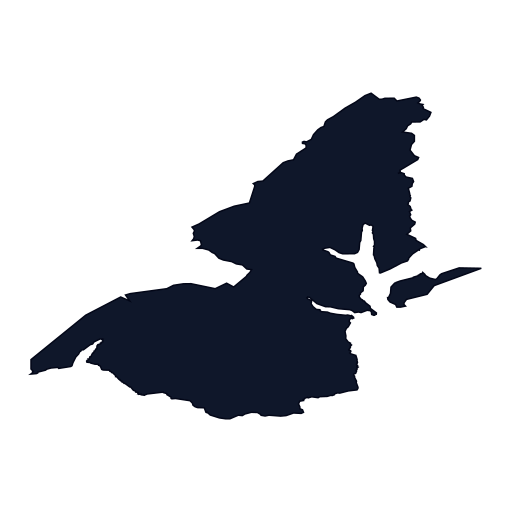 Balestrand nor, Sogn og Fjordane, Norway (Robinson projection)
{"feature_id": "86288312B39702039742049", "entity_name": "Balestrand nor", "entity_type": "district", "adm_level": 2, "iso_a3": "NOR", "parent_name": "Norway", "parent_adm1": "Sogn og Fjordane", "projection": "robinson", "projection_center": [6.463, 61.269], "detail": "fine", "context": "isolated", "style": "filled", "palette": "ink", "viewbox_px": 512, "rotation_deg": 0, "n_neighbors": 0, "source": "geoboundaries", "source_scale": "gbopen_adm2", "svg_char_len": 6062}
<svg xmlns="http://www.w3.org/2000/svg" viewBox="0 0 512 512"><path d="M371.1,93.2L365.0,95.6L355.5,102.2L345.1,108.1L333.4,116.6L327.5,119.8L325.4,121.9L323.9,126.5L321.0,127.5L317.8,129.8L313.5,134.6L311.3,139.4L306.5,141.9L304.0,141.4L302.4,142.1L302.5,143.4L305.0,143.8L305.8,144.7L306.2,145.9L306.0,148.0L296.5,154.1L293.5,159.8L288.0,160.9L283.2,162.7L262.8,181.1L257.9,181.5L253.3,183.6L254.7,184.8L254.7,186.5L249.4,203.0L234.2,206.2L219.5,211.7L199.2,223.9L192.0,227.1L194.1,229.6L194.5,231.0L193.3,233.3L194.3,236.4L193.7,238.7L192.1,240.7L197.6,240.0L200.5,240.8L201.4,244.6L200.9,245.8L197.3,248.3L202.5,248.3L208.8,250.0L212.2,252.5L214.6,253.5L218.9,258.2L223.3,260.0L231.7,261.6L236.3,263.9L242.4,264.9L246.8,269.0L251.6,269.6L250.0,272.3L247.0,275.2L246.4,276.4L233.7,287.0L226.6,283.2L215.2,288.7L191.0,283.7L183.4,283.8L173.5,285.3L166.8,288.7L130.3,293.6L125.5,295.0L129.8,301.0L120.7,297.0L85.7,315.2L31.0,359.6L31.0,369.0L33.3,371.4L32.5,371.9L32.6,372.7L30.7,374.1L36.4,373.6L37.8,372.9L37.9,372.1L45.4,370.2L47.0,369.1L51.1,368.0L57.8,367.4L58.7,368.4L70.8,366.5L72.0,365.7L72.9,362.8L75.8,357.0L78.6,354.0L79.9,351.4L80.7,351.3L80.9,350.5L81.9,349.9L83.4,349.8L90.2,344.7L92.6,344.0L94.0,341.9L100.0,339.0L101.7,338.9L102.5,339.1L101.8,339.5L102.9,340.3L102.8,341.8L101.2,342.4L101.2,343.2L100.4,343.2L100.4,344.0L97.9,344.6L97.0,345.9L96.8,348.8L95.7,349.1L95.0,351.0L94.2,351.0L93.5,353.1L92.6,353.1L90.8,356.8L89.9,356.8L89.2,359.0L88.4,359.0L88.8,359.5L87.2,360.3L86.6,361.1L86.9,362.2L90.7,362.6L90.8,363.1L95.0,364.2L98.4,364.3L98.5,365.3L99.5,365.5L100.5,366.5L101.7,369.4L103.1,370.0L109.3,370.2L109.8,371.2L111.5,371.9L111.6,372.5L112.6,372.7L115.8,375.8L115.6,376.6L116.7,376.8L119.0,379.4L120.0,379.6L119.9,380.1L120.8,380.9L121.8,381.1L121.9,381.9L122.9,382.2L124.1,383.4L124.9,383.4L129.8,387.0L130.6,386.9L133.4,390.3L135.3,391.0L135.6,392.0L138.3,392.5L137.8,393.8L138.6,393.8L138.7,394.3L141.2,394.2L141.2,394.8L144.2,395.2L144.2,394.7L145.0,394.9L147.1,394.0L163.3,392.1L163.4,392.6L166.8,393.6L166.9,394.6L167.7,394.6L167.7,395.1L171.0,397.1L171.1,398.4L171.8,398.8L175.5,398.5L190.0,400.7L192.4,403.1L193.0,405.2L195.0,406.7L197.5,407.6L204.3,407.8L205.8,412.0L206.7,411.9L206.5,412.5L208.0,413.0L210.2,415.0L219.4,417.9L225.7,418.8L229.9,418.8L238.3,415.2L242.3,415.6L244.9,414.0L251.3,412.3L257.5,412.5L260.4,414.3L261.1,415.3L265.1,416.0L268.9,415.2L280.6,416.1L286.1,415.6L293.6,413.0L301.2,413.4L303.5,412.3L302.5,409.8L299.8,408.7L299.9,407.0L298.5,403.9L299.7,401.2L303.6,400.5L303.2,399.5L304.5,399.0L304.7,398.3L307.4,397.3L308.1,397.9L311.7,396.8L318.1,397.7L319.7,396.7L327.3,396.4L330.5,395.4L332.3,395.5L334.4,394.7L334.7,393.8L337.5,392.9L339.8,393.1L348.4,390.9L357.0,389.9L357.9,388.4L358.0,387.3L356.2,382.5L356.5,381.2L354.6,377.5L354.6,376.2L353.6,375.1L353.9,373.9L355.6,373.4L356.6,371.0L356.0,370.4L357.1,369.1L356.7,368.3L358.1,367.1L357.0,366.5L357.6,365.7L356.5,364.6L357.1,363.6L356.7,363.2L357.5,362.4L356.8,359.6L357.1,359.4L356.2,356.5L355.5,356.0L355.8,355.4L350.7,353.8L349.7,353.0L350.8,351.7L350.6,350.6L349.0,350.1L349.0,349.4L350.4,347.5L350.4,346.1L351.5,345.0L350.3,344.1L350.5,343.2L348.2,342.0L345.7,338.7L345.9,335.9L345.0,331.4L346.4,328.3L348.2,326.8L350.4,322.9L349.2,321.7L349.5,319.6L351.1,318.2L352.3,318.7L353.3,318.2L352.7,317.9L353.5,317.2L351.6,315.5L351.2,315.9L347.7,315.0L345.7,315.3L336.9,314.4L330.2,313.2L327.5,312.1L321.6,311.7L320.3,310.9L319.9,309.7L316.3,309.4L313.0,306.6L311.1,303.7L311.6,301.1L311.2,300.4L308.2,299.2L306.8,297.9L307.6,297.0L309.6,297.4L316.9,303.6L325.5,306.7L330.4,306.8L338.3,308.7L349.9,309.7L352.2,310.6L354.7,312.6L358.6,312.0L361.0,312.6L367.1,310.3L370.3,310.7L371.3,311.7L371.7,314.5L373.8,315.3L374.8,315.2L375.3,314.0L376.3,314.2L376.4,312.9L370.4,308.4L370.0,306.2L365.5,302.7L364.4,301.1L362.8,300.7L362.5,299.9L361.2,299.3L359.4,297.2L359.2,295.4L360.5,294.0L360.4,292.9L363.1,290.8L363.4,286.8L365.3,285.2L366.3,283.4L365.3,281.0L362.7,276.9L357.6,273.3L357.5,272.0L354.8,267.5L353.9,263.9L353.0,263.1L336.1,258.1L335.0,256.4L330.3,254.9L328.9,252.4L327.9,251.7L322.9,250.0L322.5,249.2L324.8,248.2L330.0,247.4L335.2,249.9L339.0,252.6L342.7,253.8L354.6,253.7L357.5,252.4L359.1,249.5L359.7,242.4L360.8,240.5L361.5,232.1L362.3,230.6L362.1,228.2L363.1,224.5L365.2,223.1L369.5,225.3L371.3,224.9L373.1,226.4L372.4,230.5L373.1,231.2L372.4,232.9L373.4,234.2L373.7,238.7L374.5,241.2L374.5,245.2L373.5,246.4L374.4,247.5L373.9,248.3L373.5,254.9L374.1,255.5L374.9,258.9L376.8,262.7L377.3,265.5L379.1,268.2L379.5,272.8L380.4,273.0L390.0,269.0L401.5,262.9L407.5,260.9L408.7,258.9L408.6,258.2L412.6,253.9L418.5,249.9L419.3,250.1L419.3,249.3L420.5,248.5L424.2,247.1L424.2,246.5L425.6,246.7L423.4,244.6L416.1,240.4L415.6,238.4L406.8,234.3L410.7,230.9L410.3,227.9L414.7,224.1L415.2,222.1L411.8,220.3L410.2,218.0L409.6,216.0L410.7,214.8L409.4,211.6L411.8,210.1L411.1,209.5L410.2,206.5L407.7,204.4L408.4,203.2L408.5,201.8L410.0,201.0L410.8,197.9L409.8,196.4L410.3,195.5L409.5,194.1L409.7,193.5L408.3,188.2L411.9,186.3L412.3,183.5L413.6,181.6L412.4,178.4L406.0,177.0L404.2,175.0L404.2,173.7L401.3,172.7L397.9,173.4L400.3,171.8L399.9,170.2L417.7,159.6L418.6,157.5L414.4,155.7L410.0,150.1L411.5,144.5L414.4,141.3L414.4,135.4L411.6,133.3L402.5,132.0L406.2,128.7L407.6,125.8L410.6,123.9L411.8,122.0L420.2,121.9L423.9,119.4L426.4,119.9L429.5,116.1L430.9,112.4L423.0,108.6L423.4,107.3L422.1,105.5L423.0,104.5L419.9,103.9L417.9,102.9L420.3,100.6L420.4,100.0L419.0,98.1L416.3,97.1L396.9,101.0L394.2,98.2L384.8,98.3L382.1,99.2L379.3,99.3L371.1,93.2ZM396.8,307.1L400.7,307.1L405.5,306.1L403.8,304.3L404.2,302.5L406.5,299.4L427.1,294.3L434.2,285.6L481.3,268.3L459.1,267.9L441.6,273.7L439.9,274.9L436.8,278.8L435.4,279.5L429.6,278.1L424.8,275.1L425.0,274.5L422.7,272.4L422.4,273.3L420.3,273.9L420.4,274.4L418.3,275.2L418.3,275.7L413.4,277.2L413.4,277.7L400.1,281.0L396.0,282.5L396.0,283.0L394.7,283.1L391.0,287.1L390.5,293.4L388.5,297.6L387.6,297.6L387.9,299.5L390.0,302.0L395.6,304.5L396.8,307.1Z" fill="#0f172a" stroke="#020617" stroke-width="1.5"/></svg>